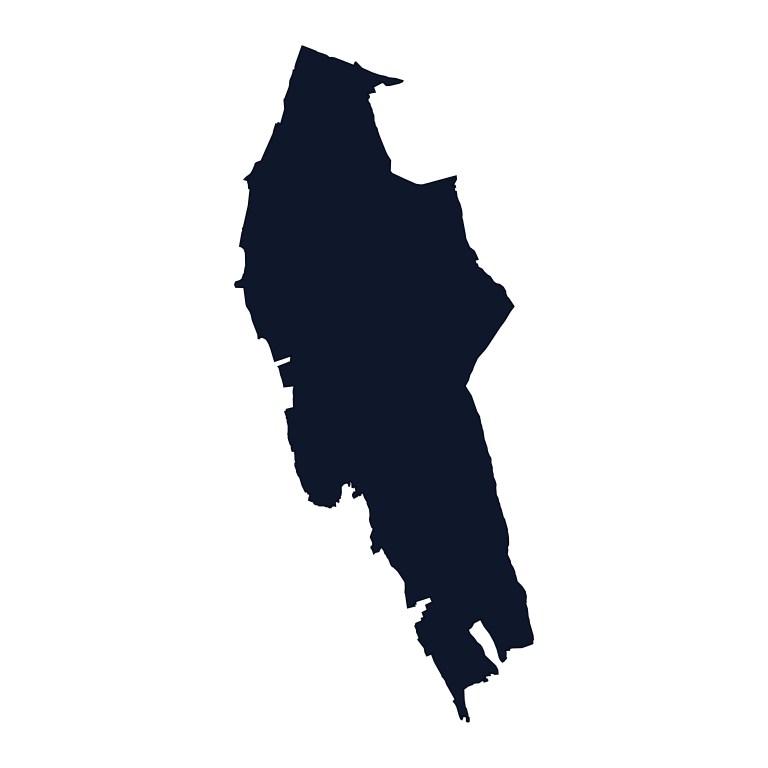 outline of Poienesti, Vaslui, Romania
{"feature_id": "2599482B16648644353731", "entity_name": "Poienesti", "entity_type": "district", "adm_level": 2, "iso_a3": "ROU", "parent_name": "Romania", "parent_adm1": "Vaslui", "projection": "orthographic", "projection_center": [27.554, 46.58], "detail": "fine", "context": "isolated", "style": "filled", "palette": "ink", "viewbox_px": 768, "rotation_deg": 0, "n_neighbors": 0, "source": "geoboundaries", "source_scale": "gbopen_adm2", "svg_char_len": 6088}
<svg xmlns="http://www.w3.org/2000/svg" viewBox="0 0 768 768"><path d="M461.8,719.5L462.5,718.0L462.4,716.4L465.8,716.4L466.2,716.7L466.7,718.9L466.6,721.3L468.1,721.9L469.0,721.3L469.0,717.9L467.9,716.7L467.5,713.8L467.0,713.2L467.1,712.4L466.2,708.9L465.1,707.3L464.0,700.2L463.5,689.3L468.0,685.9L472.1,684.5L474.3,682.9L478.8,682.6L483.2,679.8L483.5,679.7L484.1,681.8L487.3,680.9L487.6,680.6L487.4,679.7L485.4,678.2L485.1,675.9L490.1,675.3L489.5,673.4L490.0,673.1L492.7,673.2L495.0,674.2L497.9,673.9L497.5,669.8L495.5,666.0L485.1,656.1L484.2,654.6L483.8,652.1L481.7,647.2L480.2,645.2L476.8,642.5L474.1,638.5L470.0,634.1L468.6,631.2L468.3,628.8L470.0,628.3L471.6,626.8L473.7,622.9L480.6,619.2L484.3,626.2L490.1,633.8L494.3,641.5L497.3,649.2L499.5,657.6L500.7,660.1L502.4,661.9L503.9,661.0L506.4,658.1L505.8,657.2L505.9,652.8L505.6,650.1L509.4,650.1L509.6,648.4L512.0,647.7L521.9,647.4L531.5,644.0L532.5,643.6L532.7,642.9L532.3,640.4L533.2,639.8L532.9,635.7L529.3,623.2L528.9,620.1L527.9,616.6L527.2,609.0L525.5,603.4L526.0,602.1L525.8,600.3L526.1,597.1L526.0,595.2L525.5,594.3L525.1,591.6L521.8,586.6L517.0,581.7L515.5,575.6L514.9,574.5L514.6,572.0L513.0,567.9L510.4,563.7L510.2,561.4L507.0,554.4L507.6,550.1L507.2,547.4L508.4,544.5L508.3,538.1L507.7,533.4L507.2,531.9L507.2,529.4L504.3,519.1L503.2,517.8L500.9,509.1L500.0,507.2L499.3,503.4L498.6,502.3L497.8,498.4L496.1,495.1L495.5,488.0L495.8,484.5L495.0,481.4L493.0,476.7L492.9,474.2L492.0,470.5L492.1,467.6L490.7,462.8L490.8,459.2L490.3,457.6L489.1,455.9L487.4,451.6L486.7,447.3L483.9,439.1L482.7,430.6L482.1,429.6L481.4,425.7L480.4,423.1L480.0,419.7L479.5,418.5L479.5,416.9L476.6,411.7L471.2,396.1L464.9,386.0L468.3,379.9L469.6,374.8L472.1,370.3L473.4,366.4L477.3,357.9L484.8,349.4L487.4,345.8L500.0,326.7L504.4,320.8L510.1,311.4L513.8,306.4L508.4,298.3L506.9,296.9L505.7,293.9L505.4,291.2L503.2,287.3L499.8,284.7L495.9,283.7L493.4,281.8L490.1,276.7L487.0,274.9L483.9,271.9L482.1,269.3L478.1,267.3L477.2,264.2L476.2,264.3L474.6,260.3L477.9,259.2L474.2,251.2L469.4,247.5L465.6,238.7L464.9,233.8L462.3,219.8L461.6,217.7L461.9,214.5L461.4,210.3L459.7,203.9L458.4,201.4L456.7,196.5L456.2,191.7L454.9,191.6L454.6,190.8L454.0,187.9L455.4,187.2L454.9,185.5L452.9,185.5L456.3,179.3L456.0,176.1L423.0,185.0L420.1,185.1L415.9,184.5L404.2,179.3L392.0,173.6L390.0,171.2L390.4,160.4L387.2,155.5L385.6,152.2L379.1,136.1L377.3,130.8L377.1,129.1L374.9,125.3L374.8,123.7L373.8,121.0L373.6,115.3L372.2,112.3L371.8,109.5L370.1,105.9L369.8,104.0L368.2,101.9L367.5,99.4L369.1,97.5L369.2,97.0L369.1,96.0L367.6,94.1L371.2,92.6L375.1,92.0L373.2,87.0L382.2,82.3L383.4,82.5L386.2,85.3L389.4,85.3L399.0,83.1L402.4,81.6L402.8,80.8L395.7,78.7L388.9,78.0L385.1,76.6L379.2,75.4L372.2,73.0L361.9,68.4L355.8,62.2L355.2,62.4L354.1,65.7L334.5,58.1L331.2,57.6L329.2,57.9L327.6,56.3L325.6,55.2L316.8,52.2L315.9,51.4L302.2,46.1L296.1,63.5L295.1,67.4L295.4,69.6L293.4,70.2L293.3,71.8L292.4,75.1L290.4,79.8L289.9,81.9L289.9,84.7L289.1,87.9L285.1,98.5L284.2,99.7L284.9,109.1L281.1,122.8L281.4,124.0L281.0,124.4L278.2,122.8L277.4,124.7L276.0,124.0L274.0,130.2L273.3,133.6L261.2,161.1L256.9,162.6L255.4,163.6L255.0,165.4L252.8,170.6L250.6,174.2L246.2,177.4L244.3,179.5L247.9,180.4L247.8,181.9L248.6,184.5L248.8,188.3L250.3,188.9L248.5,205.5L243.7,226.9L242.8,228.5L242.9,230.9L242.2,232.5L239.8,246.2L241.1,246.5L244.0,248.6L244.5,249.7L245.6,253.1L245.9,265.6L245.1,268.7L244.5,273.4L243.6,274.5L242.2,279.0L240.1,280.7L235.7,282.1L234.8,284.7L235.8,287.1L243.7,287.3L244.2,288.6L246.2,304.0L246.8,306.2L250.1,311.4L251.3,314.4L252.6,320.4L258.0,334.4L258.3,338.4L259.0,338.6L260.7,337.1L262.8,337.3L265.8,338.7L267.2,340.4L269.1,343.8L270.8,348.1L274.7,361.2L291.1,355.6L290.7,361.8L278.3,366.6L279.0,367.5L279.7,369.5L280.8,374.8L282.2,378.6L283.7,384.5L284.0,386.7L294.1,385.6L294.3,386.6L293.7,388.4L293.3,392.1L293.8,395.9L293.5,399.3L293.8,407.7L286.6,409.5L286.3,410.3L286.6,411.2L285.0,411.7L285.0,412.0L286.7,416.7L286.5,418.3L287.4,419.2L287.4,421.6L288.4,425.7L288.4,431.9L288.0,434.6L288.6,435.8L288.3,437.0L288.8,439.7L290.4,444.4L291.5,445.7L291.5,448.4L292.3,451.1L295.2,451.1L294.8,453.6L295.2,454.8L295.1,456.7L295.4,460.5L296.0,461.5L295.9,462.7L295.1,463.2L295.1,465.7L296.7,470.0L296.8,471.9L298.4,475.6L299.9,477.4L302.2,485.2L305.4,491.8L307.2,491.6L308.2,493.8L309.1,493.8L309.8,494.3L310.0,496.4L309.3,497.3L308.8,500.2L313.9,502.0L314.1,503.6L316.3,504.7L317.8,504.5L318.8,505.6L324.7,505.7L325.6,506.5L327.0,506.4L329.9,507.7L331.1,507.4L331.3,506.4L331.8,506.1L334.0,505.6L335.0,505.8L335.6,506.6L334.9,502.4L336.5,501.2L337.9,501.4L338.3,502.2L338.6,502.0L338.8,501.8L338.4,500.3L338.4,499.1L340.2,498.0L340.1,496.2L340.3,495.2L340.8,495.0L341.1,492.7L341.0,487.0L341.2,486.5L343.4,483.9L346.3,482.8L348.2,483.2L348.9,485.1L349.0,486.6L349.6,484.8L349.8,481.4L350.4,481.0L351.2,481.3L352.1,483.2L352.2,487.2L353.7,487.5L353.8,486.7L354.3,486.3L355.6,487.2L356.2,492.2L353.9,492.3L352.7,494.8L352.9,496.3L354.0,498.0L357.5,496.0L358.8,494.4L359.5,494.7L359.7,495.4L360.2,495.2L360.6,495.0L360.4,494.2L360.7,493.9L362.5,492.6L363.1,492.7L364.8,497.6L367.5,502.2L367.3,503.4L369.8,509.5L370.3,515.5L369.7,519.0L370.1,521.8L371.8,526.9L373.5,528.7L370.5,537.0L372.8,542.4L373.0,545.3L371.1,547.0L371.3,548.1L372.7,550.2L373.8,553.6L374.9,552.4L378.7,551.4L380.4,547.8L381.5,547.5L382.4,548.1L384.4,551.1L385.1,553.6L386.3,554.5L387.3,557.1L388.9,558.9L391.1,564.6L392.3,566.3L393.5,566.8L397.9,570.9L404.5,580.9L405.3,582.6L405.5,587.8L405.2,592.5L405.8,594.3L407.7,607.7L414.8,605.9L413.9,604.3L415.8,603.9L415.5,601.5L430.1,596.8L432.6,602.0L425.9,605.2L427.5,610.1L422.4,612.6L424.2,617.4L421.5,618.5L422.4,620.8L416.0,623.5L415.1,626.4L415.8,627.4L416.1,628.6L416.9,628.5L416.7,631.5L417.0,632.7L418.3,635.2L418.5,636.4L419.6,637.9L418.1,639.6L424.3,647.7L424.8,649.5L425.0,651.8L426.8,655.7L431.8,653.6L432.0,654.0L432.1,655.2L434.7,662.0L442.0,675.0L442.4,676.8L443.1,677.1L445.3,680.2L446.9,684.3L455.4,699.4L453.5,701.4L455.3,703.5L457.0,706.7L459.6,715.7L460.9,718.9L461.8,719.5Z" fill="#0f172a" stroke="#020617" stroke-width="1.5"/></svg>